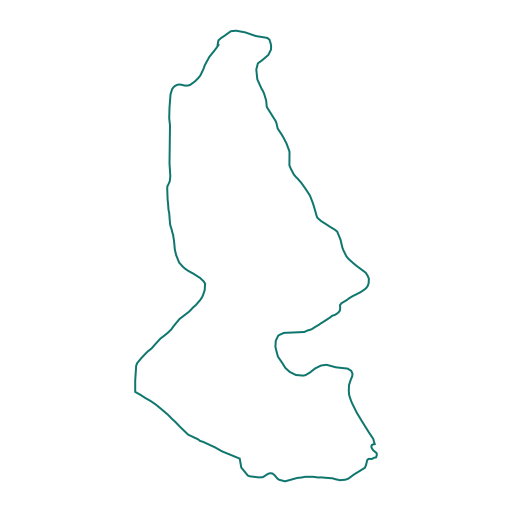 outline of San Miguel Chicaj, Baja Verapaz, Guatemala, rotated 180°
{"feature_id": "79465075B93573685997449", "entity_name": "San Miguel Chicaj", "entity_type": "district", "adm_level": 2, "iso_a3": "GTM", "parent_name": "Guatemala", "parent_adm1": "Baja Verapaz", "projection": "orthographic", "projection_center": [-90.423, 15.141], "detail": "fine", "context": "isolated", "style": "outline", "palette": "teal", "viewbox_px": 512, "rotation_deg": 180, "n_neighbors": 0, "source": "geoboundaries", "source_scale": "gbopen_adm2", "svg_char_len": 3549}
<svg xmlns="http://www.w3.org/2000/svg" viewBox="0 0 512 512"><g transform="rotate(180 256 256)"><path d="M137.3,67.9L138.8,73.2L143.3,79.9L150.4,91.3L155.4,99.6L160.4,109.8L161.5,112.8L162.9,117.2L163.2,121.2L163.0,126.9L161.3,132.1L159.8,135.7L159.5,138.3L160.8,141.2L164.4,143.4L176.2,144.7L185.4,147.2L190.9,146.5L196.8,143.6L202.2,139.4L206.6,136.8L208.9,136.4L216.1,137.0L222.3,140.1L226.7,144.1L229.6,148.8L234.1,155.4L236.0,162.6L236.6,165.2L236.2,171.3L233.8,176.3L232.0,177.4L228.1,179.1L207.8,180.0L204.2,181.6L200.6,182.6L196.6,185.2L193.1,187.2L191.4,188.5L190.0,189.3L182.4,194.2L179.7,196.3L177.3,197.0L175.1,198.3L173.3,199.8L172.1,201.5L171.8,204.1L172.0,206.9L170.5,208.8L165.6,211.7L162.6,213.9L159.3,215.9L155.8,217.6L151.5,219.8L147.8,222.3L146.0,223.7L144.3,226.0L143.4,228.6L143.1,233.3L144.5,236.5L146.3,239.3L155.8,246.4L158.8,248.9L163.4,253.0L165.7,255.8L168.5,261.5L169.5,264.0L170.1,266.4L171.5,272.4L174.8,280.4L177.3,282.4L182.5,285.5L183.8,286.4L185.3,287.4L190.7,290.8L193.5,293.2L194.7,294.3L195.4,296.2L197.8,304.6L199.1,308.8L202.0,316.3L206.6,323.4L210.8,329.3L213.1,331.9L214.2,333.2L215.8,334.7L218.1,337.4L221.1,343.1L222.6,346.6L222.5,360.2L222.9,361.5L223.3,362.6L225.5,368.5L228.7,374.7L229.6,376.2L230.1,377.1L234.3,383.4L235.7,389.4L236.4,391.0L245.2,405.0L245.9,411.8L246.3,413.0L247.9,418.4L249.2,421.2L250.6,423.6L254.7,432.7L255.7,442.5L254.2,448.4L253.7,449.0L250.4,451.3L243.7,457.0L241.0,462.5L240.9,466.3L241.3,468.4L242.5,472.3L244.8,474.1L256.4,476.0L266.7,479.6L275.9,481.3L281.1,480.8L288.4,475.6L290.9,474.0L293.6,471.6L294.4,467.1L293.6,466.9L295.6,464.0L298.1,460.7L299.8,458.7L301.2,456.9L302.9,454.8L303.7,453.2L304.4,451.9L305.5,450.0L306.1,448.8L307.2,446.8L308.5,443.1L311.6,436.6L313.9,433.7L315.4,432.3L316.6,431.0L319.2,429.0L320.8,427.9L321.6,427.2L324.2,426.4L327.0,426.4L331.9,427.5L333.8,427.4L335.4,426.9L336.9,426.1L338.4,424.9L339.9,422.8L340.8,419.9L341.5,417.5L342.5,404.3L342.8,393.7L342.0,386.7L342.5,348.6L341.7,336.1L342.2,330.9L343.0,329.0L343.8,327.2L344.5,326.1L344.8,324.1L344.4,312.5L343.9,308.0L343.6,303.4L343.4,301.7L342.8,299.0L342.4,293.6L341.8,287.1L340.2,281.9L339.9,280.6L339.5,278.9L338.9,277.3L338.6,275.0L338.1,272.0L337.7,268.3L337.2,262.6L335.9,257.0L332.9,249.5L329.1,245.2L326.9,243.3L325.9,242.6L323.9,241.2L318.4,238.2L316.1,236.7L313.6,235.1L312.1,234.2L308.3,230.6L306.9,228.3L307.3,221.9L309.0,216.8L309.8,215.0L311.7,212.1L316.4,206.7L317.4,205.9L319.3,204.2L320.8,202.5L323.1,200.2L332.6,192.9L338.6,185.6L340.7,182.6L344.2,179.2L347.4,176.6L351.5,173.5L356.1,168.5L360.5,163.5L364.3,160.5L366.6,158.2L370.5,154.1L374.8,148.9L375.8,146.4L376.8,131.6L376.8,120.1L371.1,116.9L366.9,114.1L362.8,111.8L360.8,110.6L356.7,107.8L351.4,103.5L346.1,99.0L344.0,97.2L340.6,93.7L336.7,90.1L331.7,84.9L323.8,77.3L313.8,72.6L312.0,71.1L310.7,70.7L308.8,70.1L296.9,64.6L290.1,60.7L272.3,53.4L270.7,44.4L264.1,36.4L263.1,36.0L262.2,35.7L253.2,34.6L249.2,34.8L243.9,38.2L241.6,38.8L239.6,38.5L237.4,36.8L234.5,33.3L232.8,32.2L226.9,30.7L214.6,34.1L211.1,34.4L206.6,35.2L199.1,35.2L193.6,34.5L190.5,34.6L186.2,34.2L179.5,33.7L176.6,32.8L172.1,31.8L166.6,32.3L163.4,33.5L158.2,37.4L147.0,44.3L146.6,45.5L145.9,47.3L145.4,49.4L145.0,51.2L144.4,52.4L143.0,53.2L142.1,53.1L140.7,53.0L139.8,53.2L139.0,53.7L137.8,54.3L137.0,54.4L136.0,54.6L135.5,55.8L135.3,56.5L135.2,57.8L135.4,58.9L136.3,59.7L136.9,60.1L137.4,60.6L138.2,61.2L139.1,62.1L140.1,63.7L140.6,65.1L140.6,66.0L140.0,67.1L138.8,67.6L137.3,67.9Z" fill="none" stroke="#0f766e" stroke-width="2"/></g></svg>